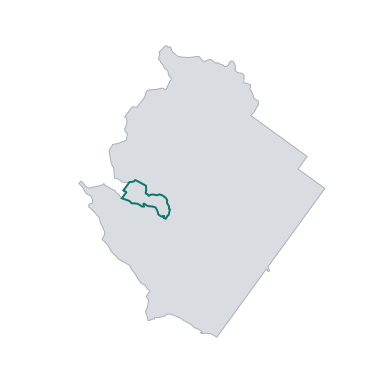 White Nile highlighted on a map of Sudan, rotated 126°
{"feature_id": "SDN-879", "entity_name": "White Nile", "entity_type": "State", "adm_level": 1, "iso_a3": "SDN", "parent_name": "Sudan", "parent_adm1": "", "projection": "mercator", "projection_center": [32.247, 13.605], "detail": "fine", "context": "in_parent", "style": "outline", "palette": "teal", "viewbox_px": 384, "rotation_deg": 126, "n_neighbors": 0, "source": "natural_earth", "source_scale": "10m", "svg_char_len": 5477}
<svg xmlns="http://www.w3.org/2000/svg" viewBox="0 0 384 384"><g transform="rotate(126 192 192)"><path d="M251.7,288.4L248.8,288.4L248.5,287.7L248.5,285.8L248.9,284.4L249.9,282.1L249.7,280.9L249.8,279.1L249.0,277.1L242.1,271.3L240.8,269.7L237.0,268.2L237.7,266.6L236.2,254.7L236.9,253.3L237.1,251.2L237.1,249.4L238.0,246.3L238.1,245.0L230.7,244.9L230.6,246.2L231.0,247.7L231.0,248.3L220.7,248.3L224.8,253.0L225.0,255.1L224.8,257.6L224.8,259.3L225.0,260.3L226.1,262.4L226.1,262.8L225.8,263.3L218.5,269.5L217.3,272.4L216.3,273.9L214.2,276.5L207.6,283.1L206.5,283.5L201.4,283.8L200.9,283.9L200.5,284.2L200.3,284.2L196.0,280.3L188.7,275.6L183.9,278.0L182.5,278.9L182.5,281.2L181.8,282.3L180.5,283.6L176.9,284.4L175.1,285.1L172.9,286.3L170.7,288.4L170.5,289.5L170.8,290.5L158.5,290.5L157.7,289.7L155.9,286.2L154.6,286.4L143.4,286.0L141.8,286.4L138.6,287.8L137.0,288.0L135.3,287.4L129.4,280.5L128.1,279.7L126.8,278.0L125.5,277.3L125.1,276.8L125.0,276.0L125.0,274.5L124.6,273.6L123.7,273.3L115.7,274.9L114.6,274.8L112.9,275.1L112.4,275.3L111.7,276.2L111.6,278.1L111.4,279.1L110.8,280.1L108.5,282.5L108.0,283.5L108.1,286.1L108.0,287.4L107.6,288.0L106.6,289.0L106.3,289.5L105.9,292.8L104.7,294.8L104.4,295.5L104.3,297.0L104.1,297.4L100.5,298.5L99.2,299.3L98.3,300.4L98.1,300.9L96.6,300.5L94.7,300.2L90.9,299.8L89.4,299.3L88.7,298.5L88.9,296.5L88.6,296.1L88.0,295.7L87.6,294.9L87.6,293.8L89.6,291.5L90.0,290.3L90.6,284.5L90.4,282.7L88.8,279.5L85.2,273.9L84.4,272.8L79.9,268.1L79.3,267.4L78.2,265.5L79.4,261.2L79.5,260.0L79.2,258.8L78.1,257.9L77.1,257.8L75.7,256.6L74.9,256.1L74.1,255.1L73.5,253.7L73.9,248.6L73.7,247.9L72.5,247.7L72.3,247.4L72.3,246.4L71.7,243.5L71.0,241.1L71.4,239.8L70.4,238.0L68.6,237.2L65.0,237.8L63.8,237.7L63.1,237.4L62.5,236.7L62.2,235.9L62.5,234.8L63.5,232.6L64.8,230.8L67.4,229.2L68.1,228.3L68.5,227.4L68.5,226.3L68.4,225.1L68.1,224.1L67.3,222.7L66.6,221.0L66.6,219.9L66.9,219.1L67.6,218.1L70.2,216.2L72.8,214.7L73.3,214.1L73.1,213.5L71.9,212.2L71.5,209.7L70.8,207.9L72.2,206.6L73.2,206.1L74.7,205.7L75.3,205.2L75.5,204.1L75.4,203.1L76.0,202.4L76.7,200.8L77.3,200.0L79.4,198.1L79.8,196.9L79.9,195.7L79.4,192.2L80.5,190.7L82.0,189.5L84.2,189.6L87.5,189.3L89.7,188.8L91.4,188.8L95.0,189.5L95.4,189.2L95.6,188.2L95.6,119.7L110.8,119.7L111.0,119.6L111.0,86.6L207.3,86.6L208.1,86.5L209.6,83.4L210.3,83.1L211.3,83.3L211.6,84.1L210.8,86.6L294.9,86.6L295.1,90.4L295.7,93.4L298.1,97.7L300.1,100.1L300.9,101.3L300.9,101.9L300.8,102.5L300.2,101.9L299.2,101.4L299.1,103.4L299.5,107.6L300.4,110.5L299.8,113.1L299.9,117.7L300.9,123.1L300.7,126.5L302.5,134.5L304.2,139.0L305.1,140.1L306.1,140.7L308.2,141.0L311.1,143.3L313.5,145.7L314.3,146.9L315.5,148.3L316.2,148.1L316.7,147.7L317.5,148.8L321.2,151.2L321.8,152.3L320.4,153.4L318.9,155.2L318.1,156.9L317.7,157.5L316.5,158.6L316.3,159.1L315.7,159.4L315.1,159.5L313.9,160.0L312.7,159.9L311.6,160.2L311.1,160.6L310.2,161.0L309.0,161.2L307.0,162.6L305.3,163.3L304.8,163.9L303.9,166.8L303.2,167.6L300.7,167.6L299.5,167.9L297.8,167.6L297.0,167.6L296.8,168.2L296.5,170.7L296.5,171.8L295.1,174.6L295.5,179.9L294.2,183.9L294.0,184.8L292.6,187.9L291.9,189.1L290.2,194.9L289.5,196.7L288.0,198.6L289.5,212.6L288.3,216.9L288.3,219.2L287.4,222.7L286.8,224.2L285.6,226.2L284.7,228.3L283.9,231.1L283.3,236.5L283.1,236.9L278.6,237.6L277.2,238.0L276.3,238.6L275.2,239.9L272.9,243.7L271.7,246.0L269.9,249.1L267.7,251.3L267.2,252.4L266.9,254.4L266.1,257.6L265.3,259.9L265.5,261.7L264.8,264.8L264.9,266.4L264.1,267.2L263.1,268.0L262.4,268.2L259.3,266.1L257.2,267.6L255.8,269.6L254.7,271.7L255.4,276.0L255.3,277.0L255.0,278.0L252.9,282.3L252.3,284.2L251.7,287.6L251.7,288.4Z" fill="#d9dde1" stroke="#a8b0b8" stroke-width="1"/><path d="M238.3,245.1L230.9,245.0L230.8,245.3L230.9,245.6L230.8,245.9L230.8,246.1L230.8,246.4L230.9,247.1L231.1,247.6L231.1,247.8L231.1,248.0L231.1,248.4L226.0,248.4L220.8,248.4L218.4,245.8L217.5,245.2L216.2,245.1L215.9,245.0L215.7,244.9L215.6,244.7L214.8,239.1L214.1,233.8L214.0,233.2L214.5,232.6L216.0,231.2L218.4,229.6L219.8,229.1L220.0,228.9L220.1,228.6L220.2,228.4L220.3,228.3L220.3,228.2L220.2,227.6L220.0,227.1L220.0,226.9L220.0,226.7L220.4,225.1L220.5,224.9L220.4,224.7L220.1,224.4L219.1,224.2L218.8,224.0L218.6,223.9L218.3,223.5L218.1,223.4L217.7,223.0L217.3,222.5L216.3,220.8L215.4,218.7L215.2,218.4L214.7,218.1L214.1,217.6L213.5,217.3L213.2,217.0L213.1,216.9L213.0,216.6L212.9,216.3L212.6,215.7L212.4,214.8L212.1,213.4L212.1,211.2L212.4,209.1L212.8,208.0L213.3,207.2L213.6,207.0L213.7,206.9L214.3,206.6L214.7,206.4L215.1,206.2L215.3,206.0L215.5,205.8L217.1,202.2L217.3,202.0L219.0,200.8L219.1,200.7L219.0,200.4L219.0,200.2L219.0,199.8L219.2,199.6L219.4,199.5L224.3,197.4L224.6,197.5L225.7,197.9L225.9,197.9L226.0,197.9L226.5,197.7L226.8,197.6L227.3,197.6L229.1,197.6L229.4,198.7L229.5,199.1L229.6,199.5L229.4,199.9L229.3,200.0L229.0,200.0L228.6,200.0L228.3,200.0L228.0,200.2L227.9,200.4L227.9,200.7L228.1,201.1L228.3,201.3L229.4,201.7L229.6,201.8L229.8,202.2L229.9,202.8L230.0,205.3L229.9,205.9L229.7,206.4L229.3,206.9L228.9,207.3L228.0,208.3L227.0,210.1L226.2,211.8L226.1,212.2L226.1,212.5L226.1,212.8L226.2,213.2L226.6,214.5L227.2,215.8L228.5,218.0L229.3,219.6L229.4,220.3L229.5,220.8L229.5,223.5L229.6,224.0L229.8,224.2L230.2,224.2L230.6,224.0L232.0,222.4L232.5,222.9L232.7,223.2L232.9,223.5L233.1,224.0L233.2,224.5L233.2,227.1L233.4,228.5L233.7,229.4L234.8,231.6L236.4,233.8L236.6,234.4L236.6,234.9L236.2,236.1L236.1,237.0L236.2,238.0L238.3,245.1Z" fill="none" stroke="#0f766e" stroke-width="2"/></g></svg>